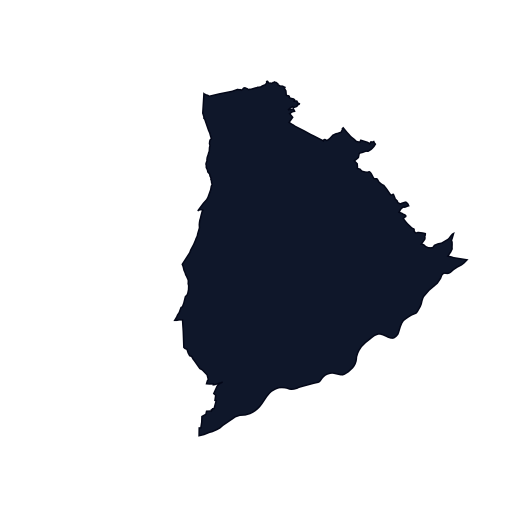 outline of Campulung La Tisa, Maramures, Romania, rotated 137°
{"feature_id": "2599482B2872053894930", "entity_name": "Campulung La Tisa", "entity_type": "district", "adm_level": 2, "iso_a3": "ROU", "parent_name": "Romania", "parent_adm1": "Maramures", "projection": "natural_earth1", "projection_center": [23.748, 47.96], "detail": "fine", "context": "isolated", "style": "filled", "palette": "ink", "viewbox_px": 512, "rotation_deg": 137, "n_neighbors": 0, "source": "geoboundaries", "source_scale": "gbopen_adm2", "svg_char_len": 6143}
<svg xmlns="http://www.w3.org/2000/svg" viewBox="0 0 512 512"><g transform="rotate(137 256 256)"><path d="M183.4,410.2L197.5,396.8L199.3,393.0L200.1,392.5L200.2,391.8L200.1,391.2L205.0,380.2L205.9,377.5L207.8,374.0L208.3,372.5L208.6,372.3L210.6,372.1L211.8,371.3L213.4,369.9L214.3,368.2L216.1,367.0L218.8,364.4L220.0,363.9L221.9,362.7L224.4,361.4L225.9,360.2L227.0,359.0L228.5,358.3L229.9,357.4L230.5,356.3L232.1,354.5L232.4,353.3L233.1,351.5L233.4,351.0L233.9,350.5L234.0,347.7L234.5,346.7L235.1,345.9L235.3,345.0L235.8,343.7L236.9,342.6L237.1,341.7L238.6,339.7L238.9,338.6L239.1,338.3L241.1,337.5L244.0,335.3L251.2,331.6L253.7,330.8L258.5,330.4L267.2,328.8L267.2,328.6L265.9,328.3L265.1,327.8L264.1,326.7L263.6,325.7L265.3,325.1L268.8,322.9L270.8,321.5L272.6,320.5L274.3,319.2L276.0,317.7L278.2,315.1L283.3,312.1L285.4,310.6L288.4,309.4L289.0,309.0L293.7,306.9L299.6,304.9L302.1,303.6L315.6,300.2L316.5,297.9L318.4,294.6L318.9,293.0L319.7,291.1L320.2,290.3L320.5,288.8L321.9,284.7L323.1,283.3L324.5,282.0L325.5,280.2L328.3,277.4L331.1,275.4L332.2,274.8L333.0,274.5L335.4,274.4L340.9,270.8L344.1,269.2L344.8,269.0L345.6,269.4L346.0,269.4L350.7,267.0L353.7,266.3L355.4,265.5L359.3,264.4L357.8,263.0L355.6,261.6L353.3,259.4L360.6,250.5L371.1,238.4L371.0,236.8L370.1,234.8L371.7,231.4L372.5,228.4L372.3,227.7L371.5,226.7L372.4,223.0L372.4,222.0L373.8,212.0L372.9,209.3L372.8,202.4L375.1,198.2L376.6,197.9L379.3,196.3L377.2,194.0L374.5,191.5L375.1,190.9L374.0,190.1L366.3,186.5L368.9,187.2L371.4,187.6L373.2,187.3L380.7,184.2L380.4,181.7L384.5,178.4L383.7,177.4L390.7,173.0L392.0,173.9L392.7,173.3L393.6,173.9L394.4,173.1L398.0,176.2L400.6,174.4L405.0,175.5L409.0,171.5L413.6,167.9L414.8,169.0L420.2,163.4L415.8,160.9L410.1,158.7L408.0,157.5L403.2,155.8L399.7,154.9L395.8,154.8L380.7,152.5L376.5,150.6L372.2,147.1L367.9,144.9L364.9,144.0L362.1,143.5L359.2,143.3L356.2,143.4L352.1,144.1L344.1,146.0L339.7,146.6L337.0,146.6L333.1,145.7L330.8,144.9L328.8,143.9L326.7,142.1L324.9,140.2L323.4,138.2L322.2,135.8L321.0,134.4L318.9,132.8L316.1,131.3L314.3,130.8L310.4,128.8L300.4,123.5L296.7,121.3L295.4,120.9L294.0,121.0L291.3,121.6L289.0,121.8L286.6,121.7L284.5,121.1L281.9,119.8L280.2,118.6L279.3,117.6L275.1,111.5L273.6,110.0L271.9,109.3L267.4,108.4L261.7,108.4L259.4,108.8L257.0,109.6L254.6,110.9L252.8,112.3L251.3,113.7L247.8,115.7L245.1,116.8L240.7,117.9L235.0,118.1L225.8,117.4L223.5,117.1L221.1,116.2L219.5,115.4L218.3,114.2L216.8,111.7L215.3,108.2L214.7,106.5L213.3,104.1L211.9,102.6L210.5,102.0L208.0,101.8L205.6,102.1L203.8,103.0L198.6,106.0L195.1,107.6L192.2,108.3L189.0,108.0L185.7,107.5L182.4,106.8L177.9,105.1L176.1,105.3L170.3,107.1L167.8,108.3L165.0,110.2L162.2,111.7L160.9,112.1L152.9,113.0L142.0,112.5L136.3,113.8L133.3,115.3L131.9,115.5L130.7,115.4L129.8,114.9L127.9,112.7L126.5,111.9L124.8,111.5L120.9,111.4L116.5,110.7L111.8,109.4L108.7,109.1L104.3,109.3L112.8,120.2L113.6,121.8L115.8,125.1L110.8,126.2L107.8,127.4L106.5,128.9L104.7,130.7L103.1,132.5L102.5,134.1L100.2,135.3L96.2,137.7L97.4,138.0L99.5,137.8L102.8,137.2L104.2,137.2L111.5,138.8L114.5,140.7L118.2,142.1L121.1,141.5L121.4,141.9L122.6,142.7L124.4,144.6L125.5,147.1L125.7,149.9L127.0,152.0L121.3,153.1L120.0,154.0L120.0,154.4L119.3,155.1L117.8,156.0L116.9,156.9L118.3,159.0L121.3,162.6L122.1,163.1L123.2,163.5L123.5,164.1L123.5,166.3L122.6,167.1L122.3,167.6L122.1,168.2L122.7,169.2L123.0,170.9L123.3,176.3L123.2,178.8L122.8,183.0L120.9,183.0L119.6,182.7L119.0,183.3L119.1,184.7L119.8,186.0L120.2,187.7L121.6,190.5L120.2,190.9L118.9,191.4L117.7,191.6L115.2,191.5L113.9,190.2L111.1,189.1L110.1,188.6L109.5,190.3L109.4,191.0L109.6,193.0L110.0,193.5L113.3,195.1L114.8,195.6L115.1,196.1L116.0,198.6L115.2,199.6L115.3,203.1L114.9,203.6L113.6,207.0L113.6,207.6L114.4,207.9L115.5,208.0L115.7,208.8L115.7,210.2L114.9,215.3L114.4,220.5L115.0,221.9L115.5,224.3L115.5,225.2L115.7,226.2L114.9,229.5L115.1,230.2L116.7,231.7L116.9,232.2L116.8,233.2L115.7,237.2L115.4,239.1L115.7,240.4L117.5,241.3L118.8,242.8L120.1,244.8L120.4,245.4L120.8,245.6L120.7,248.5L121.7,250.2L122.3,250.8L121.1,251.9L119.1,254.4L119.2,258.5L114.8,258.2L113.8,258.3L111.1,260.3L110.1,260.5L109.3,260.2L107.6,259.2L104.0,257.7L103.2,256.7L102.4,256.1L99.2,255.5L97.5,255.5L95.0,255.7L92.4,256.4L92.3,258.1L91.8,259.4L92.8,259.7L93.3,260.1L94.1,261.1L96.4,260.5L96.6,260.9L96.5,261.6L97.0,263.2L100.4,269.2L102.5,268.4L104.5,271.4L104.6,274.1L105.2,277.8L105.3,279.9L105.2,281.4L105.2,284.3L104.8,290.3L105.2,290.3L105.5,290.1L106.1,290.2L106.8,289.3L108.5,288.9L109.0,288.5L109.6,288.5L111.2,289.4L112.4,289.7L112.8,290.1L114.9,291.2L115.8,291.3L117.2,291.9L121.4,291.6L123.0,291.6L123.6,291.8L124.9,291.9L125.2,292.0L125.6,292.4L125.7,293.0L126.1,294.1L126.5,294.5L127.6,294.7L128.1,294.7L128.3,294.4L132.0,304.7L133.1,307.4L135.4,314.5L139.0,324.3L139.4,326.4L140.0,328.1L140.7,331.2L134.6,332.4L134.3,337.2L133.5,336.9L132.7,337.0L131.6,336.8L130.5,336.4L129.1,335.5L128.9,335.9L128.4,338.0L129.2,338.4L131.9,340.4L133.0,341.0L129.6,340.9L127.3,340.3L127.6,339.4L127.4,339.0L124.4,337.7L123.1,337.7L122.5,338.2L121.2,337.6L120.7,337.6L120.4,337.8L121.3,339.7L120.8,340.2L120.8,340.8L120.5,341.1L120.5,341.5L121.0,342.0L122.2,342.7L122.7,343.3L122.6,343.5L121.4,343.6L121.2,344.2L121.7,345.8L122.7,346.9L122.9,347.6L123.5,348.2L123.5,348.5L123.4,349.0L123.5,349.2L123.5,349.6L122.8,350.0L122.8,350.3L122.9,350.9L124.2,352.6L123.8,353.5L121.5,356.4L121.2,358.0L121.2,359.0L119.8,359.6L120.4,361.0L120.7,362.0L122.4,363.8L122.6,364.3L123.1,366.5L122.6,367.0L123.0,369.3L123.8,370.3L123.8,370.6L124.4,370.6L125.0,371.2L126.5,371.3L126.8,371.5L127.1,372.1L128.5,373.5L128.7,373.9L128.4,375.7L128.6,376.2L128.9,376.3L129.3,376.3L129.8,375.6L130.6,375.1L132.8,375.0L133.6,375.4L135.7,376.2L136.7,376.2L137.5,376.6L138.9,377.5L139.6,378.2L140.8,378.6L141.8,379.3L146.3,381.5L146.7,382.1L147.2,382.3L148.0,382.8L148.3,384.1L149.4,386.6L150.4,387.2L151.0,387.2L151.9,387.0L153.8,387.3L153.9,388.2L155.3,389.5L155.6,390.1L155.9,390.4L161.0,392.6L172.3,399.6L181.1,404.6L181.4,405.1L181.7,406.4L182.0,406.9L182.4,407.2L182.8,408.6L183.3,409.4L183.4,410.2Z" fill="#0f172a" stroke="#020617" stroke-width="1.5"/></g></svg>